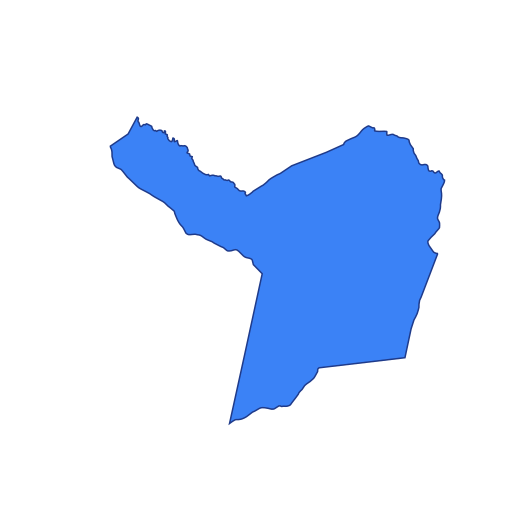 Valle de Angeles, Francisco Morazán, Honduras, rotated 202°
{"feature_id": "27666195B29826450958821", "entity_name": "Valle de Angeles", "entity_type": "district", "adm_level": 2, "iso_a3": "HND", "parent_name": "Honduras", "parent_adm1": "Francisco Morazán", "projection": "robinson", "projection_center": [-86.986, 14.163], "detail": "fine", "context": "isolated", "style": "filled", "palette": "blue", "viewbox_px": 512, "rotation_deg": 202, "n_neighbors": 0, "source": "geoboundaries", "source_scale": "gbopen_adm2", "svg_char_len": 6115}
<svg xmlns="http://www.w3.org/2000/svg" viewBox="0 0 512 512"><g transform="rotate(202 256 256)"><path d="M432.2,303.3L431.7,302.4L430.1,300.9L429.3,299.8L428.5,298.5L426.7,294.3L425.0,292.0L422.3,288.3L421.1,287.1L419.9,286.4L418.5,285.9L414.2,285.8L413.2,285.6L411.0,284.5L404.9,281.0L402.4,280.1L392.5,276.1L390.4,275.4L388.0,275.0L381.6,274.4L377.9,274.0L374.9,273.3L372.2,272.8L362.6,271.6L360.6,271.1L356.0,269.2L354.3,268.8L348.8,267.0L348.3,266.6L347.2,265.0L344.9,262.6L342.7,260.4L341.3,259.2L339.9,258.1L338.6,257.2L337.1,256.4L334.9,255.4L333.5,254.4L329.9,251.3L329.4,250.9L328.6,250.7L327.6,250.5L326.4,250.6L324.9,251.2L322.8,252.3L320.6,253.4L318.2,253.8L316.6,254.2L315.2,254.3L313.7,254.1L311.0,253.4L308.9,252.9L306.7,252.8L302.0,252.8L299.8,252.3L292.1,251.6L289.4,251.6L285.5,250.3L284.4,250.1L283.0,250.5L281.1,251.5L280.4,252.0L278.8,253.3L277.4,254.2L276.5,254.4L275.6,254.4L273.7,253.9L267.8,251.4L266.4,251.0L265.2,250.9L263.9,251.0L261.6,251.4L260.2,251.5L259.4,251.4L258.7,251.3L258.2,251.0L257.8,250.6L255.2,247.0L243.6,241.9L229.6,160.5L217.8,90.8L215.9,93.8L214.0,96.3L213.1,96.9L211.1,97.7L208.9,99.0L207.7,100.0L206.2,101.5L204.6,103.5L200.8,109.9L199.0,111.8L195.9,115.8L194.7,117.0L193.3,117.8L191.0,118.6L187.8,119.3L184.4,119.8L182.9,120.4L182.2,120.8L181.6,121.4L178.6,125.6L177.4,126.1L176.3,126.0L175.8,126.1L174.3,127.0L172.1,127.8L170.9,128.4L170.0,129.1L169.2,129.8L168.6,130.5L168.2,131.5L167.8,133.3L166.1,139.4L165.4,142.1L165.0,143.8L165.0,145.1L164.8,145.9L164.1,147.8L163.4,149.3L163.2,150.0L162.4,153.9L161.9,155.0L161.1,156.5L158.8,160.0L156.9,163.8L156.5,165.0L156.2,166.8L155.6,171.8L155.7,172.4L156.2,173.6L156.3,174.4L156.1,175.1L155.6,176.0L79.8,217.5L84.9,246.5L85.6,256.0L85.2,259.1L85.0,262.9L85.3,266.6L85.7,269.4L86.8,272.3L87.7,276.2L87.5,279.7L88.4,325.7L88.6,326.1L88.8,326.3L89.3,326.2L90.1,325.9L91.4,326.0L92.7,326.1L93.7,326.7L99.7,330.6L101.4,332.4L102.1,333.8L102.2,334.2L102.0,335.1L100.7,338.9L98.6,343.6L98.2,345.5L96.7,349.9L96.5,351.0L97.2,353.1L98.2,355.4L99.1,356.4L101.3,358.2L101.8,358.9L102.1,359.7L102.3,360.6L102.4,361.7L102.4,365.3L102.9,369.1L103.5,371.0L104.2,372.7L105.5,378.3L106.4,381.2L107.4,383.5L108.8,385.9L109.5,387.5L109.6,388.2L109.5,389.1L109.2,392.4L109.1,394.3L109.2,395.6L109.6,397.0L110.3,397.1L110.6,397.1L112.1,398.2L112.9,399.3L113.3,400.4L113.9,401.1L114.9,401.6L116.4,402.1L117.3,402.7L118.2,403.4L119.3,402.4L120.2,400.7L120.6,400.3L121.0,400.1L121.5,400.0L122.1,400.1L122.6,400.3L123.4,400.9L124.3,401.0L125.1,400.8L125.7,400.1L126.1,399.9L127.1,399.7L127.6,399.8L128.2,400.2L129.3,401.7L130.1,403.2L130.4,403.7L130.9,404.1L131.7,404.4L132.4,404.5L133.6,404.2L134.4,403.8L135.7,402.9L136.7,402.5L137.9,402.4L139.1,402.8L139.7,403.1L140.1,403.5L141.2,405.1L143.4,406.8L145.3,408.8L146.0,409.3L147.5,410.2L148.3,410.9L149.7,412.7L150.0,413.3L150.2,414.1L150.4,414.4L154.5,417.0L156.5,419.0L157.5,420.6L157.9,420.9L158.4,421.1L160.0,421.2L162.5,420.9L163.9,420.6L166.0,419.9L167.7,419.6L168.8,419.6L169.8,420.0L170.3,420.1L172.6,419.9L174.1,420.1L174.6,420.1L175.1,419.9L176.2,419.3L178.4,417.6L179.6,417.1L180.0,417.3L180.3,417.9L180.8,418.9L181.1,420.0L181.3,420.3L181.6,420.4L183.8,419.7L188.6,417.6L191.1,416.8L192.5,416.5L192.8,416.5L193.0,416.7L193.1,416.9L193.1,417.5L193.3,417.8L193.9,418.7L194.3,419.0L194.8,419.0L195.6,418.6L196.1,418.5L200.1,418.8L200.5,418.7L201.4,417.8L202.5,416.3L203.5,414.9L204.5,413.0L205.1,411.4L205.7,409.3L206.2,407.9L207.0,405.9L207.9,404.4L209.0,403.1L210.8,401.4L212.3,399.9L214.7,397.3L215.8,396.0L216.3,394.7L216.5,394.1L216.6,393.1L216.5,392.2L229.6,378.5L256.7,353.0L264.5,341.5L266.8,339.2L269.7,335.5L271.2,333.5L272.5,331.4L273.4,329.2L274.4,327.1L275.9,324.4L277.3,322.7L282.9,315.0L283.4,313.7L284.9,311.1L286.2,309.3L287.5,308.2L288.3,308.9L289.4,309.6L289.6,310.1L289.5,310.6L289.6,310.9L289.8,311.2L290.3,311.4L291.1,311.6L292.3,311.5L294.4,310.5L295.3,310.4L296.1,310.4L296.9,310.7L298.6,311.5L301.5,312.0L301.8,312.5L302.0,313.5L302.4,314.3L302.7,314.6L303.3,314.8L304.3,315.5L304.8,315.7L305.4,315.7L307.5,315.3L308.3,315.8L309.3,316.2L310.1,316.1L310.7,315.4L311.4,315.2L312.2,315.0L312.9,315.1L313.7,314.7L314.3,314.6L315.7,315.2L316.8,315.3L317.1,315.5L318.3,316.7L318.6,316.8L318.9,316.8L319.3,316.7L320.1,316.1L321.1,315.6L323.0,315.4L324.1,315.0L325.2,315.0L326.2,314.8L327.1,314.3L328.8,313.1L329.2,312.9L330.6,313.8L331.6,313.1L332.7,312.7L333.4,312.6L336.6,312.9L339.4,313.7L340.7,313.8L341.5,314.1L342.3,314.7L342.9,315.4L343.2,316.0L343.5,316.3L344.3,316.5L345.7,316.8L346.4,317.0L346.7,317.2L348.0,318.7L349.7,320.3L350.1,321.0L350.4,321.3L352.0,322.3L352.3,323.4L352.2,324.0L352.3,324.2L354.4,324.0L354.8,324.3L355.8,325.7L356.8,325.8L358.0,325.7L358.5,325.8L358.6,326.0L358.7,326.3L358.4,327.6L358.3,328.0L358.5,328.4L358.8,328.9L359.6,329.7L360.3,330.7L361.0,331.1L361.9,331.5L362.8,331.6L363.6,331.5L364.3,331.0L365.0,330.7L367.0,330.2L367.6,329.6L368.0,329.5L369.1,329.9L370.2,330.8L370.7,331.3L372.0,333.4L372.2,333.5L372.5,333.3L374.1,331.6L374.5,331.5L374.9,331.9L375.4,333.6L375.6,333.9L376.1,334.2L376.8,334.3L377.1,334.3L377.2,334.0L376.9,332.5L376.9,331.3L377.1,330.6L377.4,330.3L377.7,330.2L379.4,330.4L379.9,330.6L381.8,331.8L382.0,332.3L382.0,332.7L382.1,332.9L383.0,333.5L383.3,333.8L383.5,334.3L383.5,334.9L383.8,335.2L384.5,335.3L385.5,335.2L385.9,335.3L386.0,335.6L386.2,336.5L386.5,337.4L386.9,337.8L387.3,337.9L387.6,337.8L387.8,337.6L387.5,336.8L387.5,336.1L387.7,335.8L388.0,335.7L388.5,335.6L389.0,335.8L389.5,336.2L389.9,336.7L390.2,336.9L390.8,337.0L391.4,336.9L392.3,336.7L393.3,336.1L394.0,335.5L394.8,334.4L396.2,334.7L396.7,334.2L397.6,334.1L398.4,334.3L399.6,335.2L400.5,336.0L401.1,336.9L401.4,337.2L402.4,337.3L405.8,337.6L406.4,337.6L406.8,337.5L407.1,337.5L407.4,337.2L407.5,336.5L407.6,336.3L407.8,336.2L408.7,336.0L409.5,335.7L410.6,333.4L411.0,333.0L411.4,332.9L412.1,333.1L412.8,333.7L414.2,335.5L414.7,336.0L414.9,336.2L415.4,336.2L415.7,336.5L416.1,337.2L416.3,338.8L416.5,339.4L417.2,340.0L417.9,340.2L418.2,340.2L420.3,321.2L432.2,303.3Z" fill="#3b82f6" stroke="#1e3a8a" stroke-width="1.5"/></g></svg>